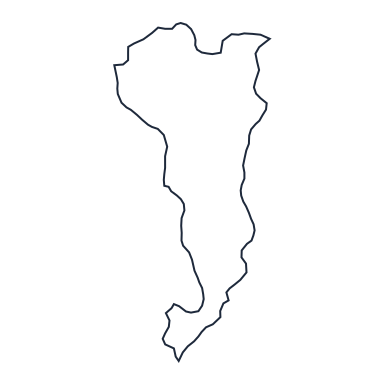 the district of Iracemápolis, São Paulo, Brazil
{"feature_id": "56859067B21577616213228", "entity_name": "Iracemápolis", "entity_type": "district", "adm_level": 2, "iso_a3": "BRA", "parent_name": "Brazil", "parent_adm1": "São Paulo", "projection": "robinson", "projection_center": [-47.523, -22.617], "detail": "fine", "context": "isolated", "style": "outline", "palette": "slate", "viewbox_px": 384, "rotation_deg": 0, "n_neighbors": 0, "source": "geoboundaries", "source_scale": "gbopen_adm2", "svg_char_len": 1750}
<svg xmlns="http://www.w3.org/2000/svg" viewBox="0 0 384 384"><path d="M252.5,33.9L244.2,33.4L238.5,34.7L231.6,34.2L222.7,40.8L220.7,52.7L212.4,54.1L207.4,53.5L201.8,52.5L197.1,49.6L195.2,45.1L195.5,40.0L194.3,35.2L191.1,29.1L186.3,24.7L180.6,23.0L176.2,24.4L172.1,28.8L165.1,28.8L158.1,27.6L152.1,32.9L143.4,39.3L134.0,43.5L128.2,46.9L128.1,52.2L128.1,60.2L123.1,64.5L114.3,65.2L116.8,77.2L117.7,83.0L117.3,88.6L117.8,94.0L121.5,102.7L126.5,107.4L130.8,109.8L137.0,114.9L142.1,119.7L148.0,124.7L151.9,126.9L157.8,128.9L163.8,135.0L167.2,146.7L165.1,156.2L165.1,167.9L164.3,174.1L163.8,179.9L164.3,185.8L168.6,186.8L171.2,191.3L176.9,195.5L180.9,199.2L183.8,204.0L184.4,210.4L181.6,218.1L181.2,225.8L181.7,232.9L181.5,240.6L183.1,245.7L189.1,252.4L192.0,259.7L194.5,270.7L197.7,277.8L199.3,282.4L202.1,288.0L203.2,294.3L203.7,299.1L202.1,305.7L198.4,311.2L191.0,312.6L186.0,311.5L179.1,306.2L173.9,304.1L171.6,308.1L165.9,313.1L169.5,320.5L168.8,326.9L165.1,333.4L162.7,338.8L165.2,344.4L173.9,348.4L175.7,356.6L178.7,361.0L182.8,352.4L187.8,346.3L194.1,341.3L198.4,336.5L201.6,332.0L206.0,327.3L212.8,324.3L220.4,317.1L220.2,311.0L223.4,303.4L228.6,300.4L226.4,292.4L229.6,288.4L234.8,284.4L240.3,279.9L246.5,272.4L246.0,263.6L241.5,257.4L241.7,250.4L247.0,243.8L251.5,240.6L253.4,235.4L254.6,230.4L253.6,224.3L251.1,218.9L248.9,212.8L246.1,206.4L243.3,201.6L241.2,195.6L240.7,190.4L241.7,185.0L244.4,178.6L244.4,172.5L243.1,165.5L244.5,158.6L246.3,150.4L248.9,143.8L249.2,135.5L251.1,129.4L255.7,124.0L259.4,120.7L262.5,115.2L266.0,109.6L266.7,103.2L260.5,98.2L256.1,93.7L253.9,87.3L255.5,80.9L257.1,76.1L259.1,70.0L257.1,61.8L255.5,53.6L259.1,47.2L262.8,44.2L269.7,38.8L260.5,34.7L252.5,33.9Z" fill="none" stroke="#1e293b" stroke-width="2"/></svg>